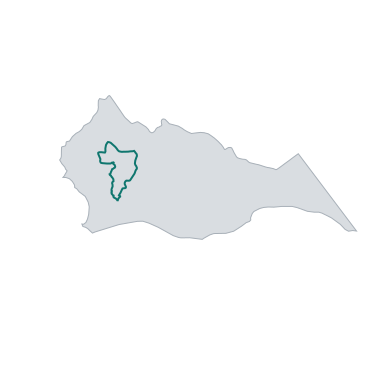 where Fès - Boulemane sits in Morocco, rotated 233°
{"feature_id": "MAR-1446", "entity_name": "Fès - Boulemane", "entity_type": "Region", "adm_level": 1, "iso_a3": "MAR", "parent_name": "Morocco", "parent_adm1": "", "projection": "natural_earth1", "projection_center": [-4.364, 33.462], "detail": "fine", "context": "in_parent", "style": "outline", "palette": "teal", "viewbox_px": 384, "rotation_deg": 233, "n_neighbors": 0, "source": "natural_earth", "source_scale": "10m", "svg_char_len": 4214}
<svg xmlns="http://www.w3.org/2000/svg" viewBox="0 0 384 384"><g transform="rotate(233 192 192)"><path d="M64.5,297.2L66.5,293.4L69.9,291.8L76.9,291.0L87.4,287.8L96.9,283.1L99.5,281.2L102.4,277.4L107.2,272.5L116.1,266.7L120.1,263.4L126.4,255.1L130.6,248.3L134.1,243.9L136.5,240.0L138.1,236.1L139.2,229.7L138.6,227.2L136.1,223.2L134.3,222.1L133.9,220.2L134.9,216.8L134.9,211.0L135.6,201.7L138.6,194.2L145.7,184.4L147.0,180.4L147.9,174.0L148.0,171.7L156.9,162.6L162.0,155.6L163.8,153.9L168.4,150.8L184.1,143.8L193.0,138.9L198.2,135.2L201.3,131.0L209.9,114.2L218.4,90.6L219.1,87.8L222.8,87.1L225.5,86.7L227.6,85.9L230.2,84.1L232.7,84.8L231.5,86.0L231.5,88.9L233.3,92.3L236.4,96.1L242.0,101.0L246.4,103.0L252.7,104.1L260.0,102.0L264.1,101.9L266.1,101.0L268.3,102.4L272.4,102.8L276.4,102.1L279.4,100.1L281.3,97.7L281.6,98.9L281.7,100.1L282.3,100.8L283.5,103.8L284.1,105.0L286.4,104.8L288.4,105.4L292.9,105.1L297.2,105.6L297.9,107.6L299.1,109.1L303.6,112.6L306.3,114.8L306.3,115.6L305.5,117.3L305.1,118.6L305.8,119.9L307.5,121.5L307.6,122.2L307.2,123.1L306.4,124.8L308.2,129.8L308.6,134.7L308.1,138.1L308.2,140.1L308.4,141.8L310.0,145.7L309.0,152.2L310.2,155.7L311.8,158.6L312.7,163.7L314.0,166.2L316.1,168.3L317.3,169.0L319.6,170.8L321.3,172.2L322.2,174.4L320.2,176.2L318.5,177.8L318.1,179.6L318.9,182.4L318.9,183.9L317.9,184.3L313.6,184.2L310.2,184.1L306.3,183.9L300.8,183.7L297.5,183.5L292.8,183.3L291.2,183.4L287.0,184.2L284.0,184.7L283.5,184.9L282.6,185.5L281.9,187.6L281.3,189.9L280.7,191.0L271.7,194.4L268.2,194.8L266.2,194.5L264.7,194.8L263.5,195.5L263.0,196.6L263.0,198.0L263.2,199.4L264.1,201.4L264.3,203.3L263.7,204.7L263.6,206.1L263.3,207.6L263.8,208.4L264.7,208.6L265.5,209.2L266.8,209.9L267.8,211.1L267.8,212.8L266.9,213.7L266.2,214.2L262.8,214.7L260.1,215.0L256.6,217.8L252.9,220.7L248.4,222.6L246.5,223.1L243.1,224.5L239.0,226.8L237.0,230.4L234.5,234.6L232.0,237.4L228.7,240.0L225.6,241.1L221.7,242.3L216.7,243.3L213.3,243.7L212.2,243.9L209.1,243.9L207.6,243.7L206.5,243.6L206.1,243.9L205.9,244.6L205.8,246.1L205.6,247.8L204.6,249.3L204.0,249.9L203.1,250.2L200.6,249.8L198.4,249.3L193.3,248.7L192.3,248.9L191.9,249.0L190.3,250.0L187.8,252.1L186.1,254.0L184.8,254.8L181.8,255.3L180.5,255.9L174.9,260.5L173.7,261.6L168.0,265.6L166.3,266.9L165.0,268.2L161.6,271.1L159.4,272.4L159.0,273.2L158.9,275.0L158.8,278.9L158.8,282.7L158.7,288.3L158.7,293.8L158.6,299.9L61.8,299.9L64.5,297.2Z" fill="#d9dde1" stroke="#a8b0b8" stroke-width="1"/><path d="M234.8,126.3L235.2,126.3L235.6,126.5L236.0,127.1L236.3,127.2L236.6,126.8L236.8,126.8L237.0,126.9L238.7,126.8L239.1,126.8L239.3,127.0L239.4,127.3L239.7,127.5L239.9,127.5L240.3,127.5L240.6,127.8L240.8,128.2L240.8,128.4L241.1,128.7L241.8,128.7L242.6,129.4L243.1,130.1L243.8,131.3L244.4,132.1L245.8,133.0L247.1,133.5L247.7,134.2L247.9,135.0L247.8,135.7L248.3,136.1L249.6,136.9L250.2,136.9L251.8,137.1L252.1,136.9L252.7,136.9L253.8,137.1L254.5,136.8L255.3,136.7L255.8,136.9L255.7,137.3L255.7,137.8L256.8,139.4L257.4,140.6L258.3,142.0L258.0,143.1L258.1,144.2L257.9,144.9L258.2,145.6L258.6,146.0L259.1,146.2L259.6,146.3L260.3,146.5L261.6,146.1L262.1,146.1L262.5,146.7L262.6,147.1L262.9,147.1L263.7,145.5L263.6,144.9L263.7,144.3L264.0,143.7L265.6,141.6L265.9,141.2L266.2,140.9L268.7,138.1L269.5,137.3L270.3,136.8L271.1,136.9L271.9,137.2L272.4,137.6L272.8,138.1L273.6,138.7L278.7,140.0L279.4,140.4L279.8,140.8L279.6,141.8L278.5,143.4L276.3,145.7L275.9,146.3L276.4,147.2L279.0,149.1L281.3,151.6L282.2,153.6L282.5,155.0L281.4,156.0L280.2,156.7L274.2,157.9L271.8,158.0L270.5,157.9L269.4,158.0L268.3,158.3L266.6,159.8L262.7,165.2L261.7,167.0L260.7,168.5L260.1,169.4L259.7,170.5L258.3,170.6L257.5,170.5L255.7,170.6L254.7,170.2L253.8,169.6L253.3,168.7L251.3,165.7L249.2,163.6L247.9,163.1L246.1,163.0L244.4,162.5L243.7,161.8L243.5,160.9L243.1,159.9L241.3,157.2L238.6,149.6L238.9,148.5L240.6,146.4L240.5,145.0L239.9,143.9L239.0,143.1L236.0,142.4L235.3,141.8L235.3,141.0L236.3,139.3L236.6,138.7L236.2,137.7L234.4,134.4L233.5,132.1L233.3,131.6L232.8,131.7L232.4,132.0L231.9,132.1L231.5,131.8L231.5,131.1L231.3,130.2L231.1,129.3L230.5,128.4L229.6,127.1L230.0,127.3L230.4,127.4L231.7,127.4L232.5,127.3L234.4,126.4L234.8,126.3Z" fill="none" stroke="#0f766e" stroke-width="2"/></g></svg>